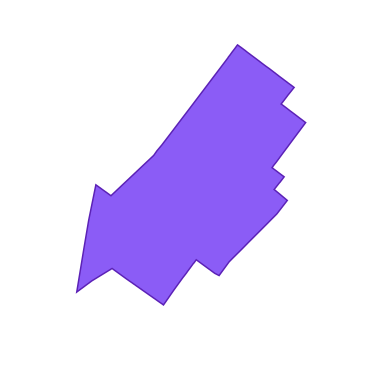 Stefan Cel Mare, Calarasi, Romania (Albers equal-area conic projection), rotated 34°
{"feature_id": "2599482B78620668788752", "entity_name": "Stefan Cel Mare", "entity_type": "district", "adm_level": 2, "iso_a3": "ROU", "parent_name": "Romania", "parent_adm1": "Calarasi", "projection": "albers", "projection_center": [27.635, 44.434], "detail": "fine", "context": "isolated", "style": "filled", "palette": "violet", "viewbox_px": 384, "rotation_deg": 34, "n_neighbors": 0, "source": "geoboundaries", "source_scale": "gbopen_adm2", "svg_char_len": 1359}
<svg xmlns="http://www.w3.org/2000/svg" viewBox="0 0 384 384"><g transform="rotate(34 192 192)"><path d="M152.4,339.4L158.6,321.8L168.5,300.1L186.0,300.7L227.3,301.5L229.4,301.5L231.5,301.6L231.6,297.7L231.7,289.0L231.8,282.9L232.0,276.6L232.3,267.9L232.5,265.4L232.7,262.2L232.7,260.4L232.8,257.9L232.9,256.5L233.0,253.6L233.1,250.8L233.3,249.6L233.4,245.8L238.6,246.0L256.3,246.7L261.2,246.1L261.2,245.7L261.8,229.6L261.8,229.3L262.8,223.9L265.5,210.3L267.0,202.1L268.6,193.9L271.2,180.5L273.1,170.5L274.6,162.7L274.8,159.4L275.7,145.7L267.2,144.8L258.7,144.0L259.3,135.9L259.5,134.7L259.7,131.3L259.9,127.9L253.9,127.6L244.8,127.1L244.8,124.7L245.2,119.6L245.5,111.9L246.2,96.6L246.5,89.9L247.1,77.4L247.3,73.3L247.4,70.9L247.0,70.9L242.1,70.6L239.7,70.5L235.0,70.2L229.2,69.9L228.6,69.9L222.9,69.5L216.7,69.2L217.0,65.2L217.4,57.8L217.6,55.7L218.2,48.2L211.3,47.9L199.8,47.3L190.7,46.7L187.4,46.5L183.1,46.4L177.0,46.1L170.2,45.7L159.7,45.2L156.2,44.9L155.9,44.9L155.2,44.9L154.0,44.8L153.6,44.8L151.9,44.7L151.0,44.7L150.1,44.7L148.8,44.6L148.3,44.6L148.2,44.6L147.9,44.6L147.5,44.6L147.4,45.8L147.3,48.8L147.0,53.6L146.9,56.9L146.9,57.1L146.8,58.4L146.7,59.7L146.7,60.0L146.8,60.2L143.4,122.7L140.7,169.9L139.9,177.3L139.8,183.0L126.9,240.4L108.3,239.8L122.2,273.3L133.9,299.1L152.4,339.4Z" fill="#8b5cf6" stroke="#5b21b6" stroke-width="1.5"/></g></svg>